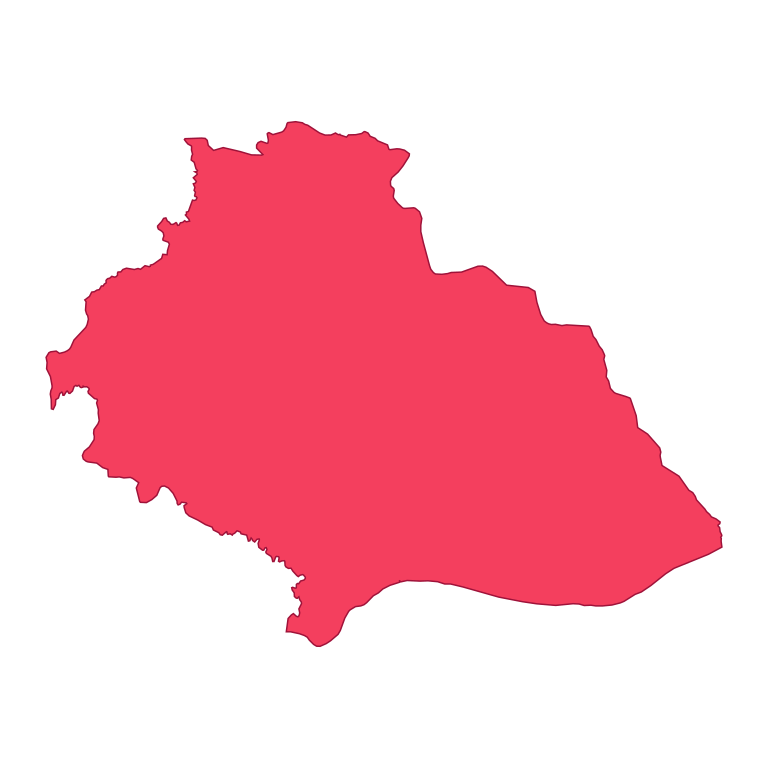 Alas, Manufahi, East Timor
{"feature_id": "22284137B36199594403094", "entity_name": "Alas", "entity_type": "district", "adm_level": 2, "iso_a3": "TLS", "parent_name": "East Timor", "parent_adm1": "Manufahi", "projection": "mercator", "projection_center": [125.842, -9.043], "detail": "fine", "context": "isolated", "style": "filled", "palette": "rose", "viewbox_px": 768, "rotation_deg": 0, "n_neighbors": 0, "source": "geoboundaries", "source_scale": "gbopen_adm2", "svg_char_len": 6039}
<svg xmlns="http://www.w3.org/2000/svg" viewBox="0 0 768 768"><path d="M721.9,547.1L721.1,541.0L721.3,538.4L720.7,537.3L721.8,535.8L721.6,534.7L720.1,531.6L719.6,527.6L718.0,525.8L718.2,524.8L719.8,523.7L720.1,522.0L716.0,518.9L711.4,516.9L709.6,514.4L706.5,511.6L704.9,509.1L696.5,499.9L695.3,496.5L692.8,492.7L688.8,490.2L679.0,476.2L662.0,465.5L660.4,457.6L660.1,455.4L660.8,452.1L659.7,447.9L647.6,434.1L637.7,427.6L636.2,415.7L630.4,398.7L629.8,398.0L625.8,396.5L615.7,393.4L614.0,392.4L610.4,388.4L608.6,381.0L606.2,376.9L606.8,370.4L603.8,359.4L604.7,355.8L604.3,354.5L602.2,349.8L599.2,346.1L596.0,339.7L593.2,336.3L591.1,329.7L589.6,326.8L588.9,326.2L566.5,324.9L561.9,325.6L555.5,324.3L551.3,324.5L548.6,323.8L546.5,322.7L544.2,320.9L540.7,314.5L536.9,302.3L534.9,291.3L528.3,287.5L506.6,285.2L492.4,271.4L486.0,267.2L482.6,266.1L478.0,266.2L461.5,272.1L451.2,272.5L447.6,273.6L441.9,274.3L435.4,274.0L433.4,272.6L430.8,269.3L429.6,265.9L423.3,242.5L420.8,231.6L420.8,225.2L421.8,218.4L419.5,211.8L415.3,208.3L413.8,207.8L405.2,208.4L403.4,208.3L402.1,207.5L397.8,203.5L393.7,198.2L393.3,196.2L394.2,190.4L393.7,188.5L391.2,186.4L390.6,185.2L390.4,181.3L391.9,177.6L398.1,172.1L403.0,165.9L408.1,157.9L409.2,155.8L409.4,153.8L404.5,150.2L399.8,149.0L396.8,148.8L389.9,149.7L388.9,149.2L387.5,144.9L377.6,140.8L375.1,138.3L370.2,136.3L368.0,133.0L365.1,131.7L364.2,131.6L361.7,133.5L355.8,134.7L348.5,134.9L346.5,137.1L340.3,135.0L339.9,134.3L338.7,134.7L337.7,134.4L335.5,133.0L331.0,135.0L325.1,135.1L319.6,133.0L307.7,125.2L304.9,124.4L302.4,122.8L295.6,121.7L287.9,122.6L287.1,123.4L286.0,127.3L283.6,130.9L281.7,132.1L272.9,134.6L269.0,132.6L268.1,132.9L267.2,133.8L268.4,140.3L267.9,143.0L267.0,143.4L261.0,141.3L258.1,142.6L256.6,145.0L256.6,148.1L262.9,154.6L261.6,155.1L251.5,154.9L239.9,151.5L223.2,147.6L213.6,150.4L208.3,145.5L207.2,140.3L205.2,138.4L201.5,138.1L185.0,138.7L184.4,139.6L186.2,142.0L187.9,144.0L191.3,145.9L191.6,146.6L191.5,150.0L192.6,154.3L191.7,156.2L191.2,160.0L194.2,162.3L196.0,168.8L197.5,170.5L196.9,171.5L194.9,171.8L196.9,173.0L197.2,174.4L193.3,177.8L196.3,181.4L195.5,183.0L193.3,183.8L194.9,187.4L194.1,190.4L195.4,192.1L194.6,195.8L195.1,196.5L196.3,196.7L197.0,197.8L195.9,200.0L194.0,200.5L192.5,200.1L188.4,211.5L186.4,212.1L186.5,214.2L185.4,215.0L188.9,219.2L189.6,221.1L186.2,221.8L184.7,220.7L182.6,222.4L180.4,222.8L179.1,225.1L177.6,225.4L176.7,223.1L176.0,222.6L173.1,224.4L170.8,224.3L169.4,222.3L167.3,221.0L165.9,217.9L163.6,218.4L161.7,221.5L157.6,226.0L157.6,227.2L158.4,229.1L161.5,231.0L163.2,232.7L163.9,235.9L162.8,239.1L163.1,240.3L168.3,242.2L169.4,244.1L167.5,250.6L167.1,254.7L162.8,254.3L161.6,258.4L153.1,264.4L150.4,265.1L150.3,266.3L149.3,266.7L145.0,265.7L140.5,269.3L138.0,268.5L134.4,269.5L126.4,268.2L122.9,269.5L120.8,271.9L118.0,272.0L117.5,273.1L117.5,275.3L115.9,276.8L114.4,277.1L111.8,276.3L109.7,278.2L107.8,278.6L106.6,279.6L106.0,280.6L106.2,282.8L104.2,284.2L103.3,285.9L101.4,286.0L99.3,289.6L96.9,290.1L94.4,291.7L91.7,292.1L89.5,296.4L84.8,299.9L86.1,301.8L85.5,310.2L86.6,314.0L87.7,315.6L88.4,319.1L87.2,324.4L85.8,327.4L74.0,340.0L70.8,347.2L69.5,349.1L67.4,350.7L64.5,352.1L59.5,353.4L56.2,351.1L50.7,351.8L48.9,352.7L46.1,357.3L47.1,362.5L46.6,368.8L50.4,376.5L52.1,385.9L52.0,388.0L50.8,390.9L50.3,394.1L51.2,399.4L51.4,408.8L53.2,409.4L55.4,404.8L55.8,399.6L58.4,398.0L59.8,393.5L61.8,392.1L62.6,393.3L62.9,395.2L64.0,395.3L66.6,391.3L67.4,391.1L68.9,393.3L69.9,393.4L72.5,391.0L74.1,386.5L75.9,385.4L77.0,386.2L78.9,385.3L80.4,387.3L81.4,387.6L83.1,387.1L83.2,386.2L84.8,386.9L86.5,386.7L87.6,387.2L89.0,388.4L89.2,389.2L88.0,391.4L88.4,393.2L94.5,398.6L96.9,399.1L97.5,400.3L96.6,403.0L98.4,409.7L98.2,413.2L99.2,420.6L98.0,423.8L94.0,429.5L93.6,433.3L94.3,436.4L94.1,439.6L89.4,446.9L84.4,451.1L83.7,452.4L82.4,455.6L83.3,459.0L86.2,461.3L88.0,461.9L96.8,463.1L102.7,467.6L107.9,469.4L108.3,476.1L108.8,476.8L116.0,477.2L119.3,476.9L123.9,477.9L130.3,477.4L132.7,478.4L138.7,482.7L136.3,488.0L139.7,501.5L140.4,502.3L146.4,502.6L151.8,499.6L156.8,495.3L160.1,487.7L161.7,486.3L164.5,486.0L168.5,488.0L173.2,493.4L177.0,501.0L177.2,503.5L178.1,504.9L180.0,504.2L181.6,502.2L186.2,502.8L186.8,503.7L184.0,505.7L184.2,507.6L185.8,512.8L189.1,515.9L197.7,520.0L205.5,524.6L212.1,527.1L213.4,530.0L218.8,532.7L220.2,534.7L222.3,535.2L226.4,531.7L227.1,532.1L227.1,533.5L227.7,534.3L230.2,533.8L232.3,535.1L232.9,534.1L234.7,533.2L237.1,530.8L240.4,532.1L241.0,533.7L241.9,534.0L246.7,535.1L248.4,541.1L249.8,540.8L251.1,538.0L252.3,539.4L252.6,540.5L254.7,542.0L257.0,539.3L259.1,538.9L259.4,539.8L258.1,543.4L258.8,547.3L262.5,550.2L263.7,550.2L265.0,547.9L266.2,547.6L267.0,549.4L265.8,552.0L266.4,553.4L271.0,556.3L272.0,558.2L272.7,561.5L274.0,561.5L275.7,557.0L276.5,556.4L278.6,556.7L279.1,557.7L278.5,561.2L279.6,561.9L281.8,560.9L284.3,560.7L284.8,561.3L285.1,565.5L285.9,566.9L288.4,568.4L291.0,568.2L292.9,571.2L296.8,575.5L298.3,576.6L300.1,575.2L302.5,574.6L303.5,575.0L305.3,577.2L305.3,578.5L303.9,580.1L300.6,581.0L298.7,583.7L297.4,583.5L296.4,584.4L296.3,587.8L295.2,588.2L292.7,587.3L291.7,587.7L292.2,590.0L294.2,592.8L294.4,596.5L296.2,598.1L297.3,598.3L298.9,596.8L299.7,599.7L301.3,601.9L301.5,603.7L298.9,608.9L299.7,612.9L299.1,615.6L297.9,616.8L296.4,616.3L293.4,613.6L291.3,615.0L288.1,618.5L286.3,631.8L290.6,631.8L299.4,633.7L304.4,635.5L307.3,637.2L309.3,640.1L313.6,644.4L316.6,646.2L320.1,646.3L326.2,643.6L330.5,640.8L338.0,634.4L340.3,630.5L344.8,618.1L348.7,611.3L350.2,609.8L355.5,606.6L360.8,605.9L364.0,604.7L366.6,602.7L373.4,595.7L378.4,592.9L382.9,588.9L390.0,585.3L399.4,582.3L399.8,581.7L399.3,580.3L400.6,581.9L407.1,580.5L420.1,581.1L428.0,580.8L437.7,581.7L444.8,584.0L450.6,584.0L463.1,587.0L498.8,597.1L522.5,601.7L536.7,603.8L555.7,605.4L573.0,603.7L579.1,604.0L584.2,605.5L590.9,605.2L595.7,605.9L602.7,605.9L612.0,605.0L620.3,602.9L624.1,601.3L635.2,594.3L641.3,592.0L650.9,585.5L665.7,573.7L674.0,568.3L708.4,554.3L721.9,547.1Z" fill="#f43f5e" stroke="#9f1239" stroke-width="1.5"/></svg>